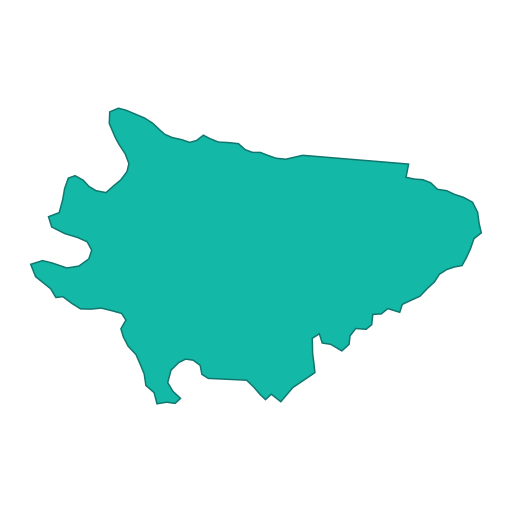 the district of Tunápolis, Santa Catarina, Brazil
{"feature_id": "56859067B92561105565380", "entity_name": "Tunápolis", "entity_type": "district", "adm_level": 2, "iso_a3": "BRA", "parent_name": "Brazil", "parent_adm1": "Santa Catarina", "projection": "orthographic", "projection_center": [-53.66, -26.989], "detail": "fine", "context": "isolated", "style": "filled", "palette": "teal", "viewbox_px": 512, "rotation_deg": 0, "n_neighbors": 0, "source": "geoboundaries", "source_scale": "gbopen_adm2", "svg_char_len": 1747}
<svg xmlns="http://www.w3.org/2000/svg" viewBox="0 0 512 512"><path d="M408.6,164.1L302.7,155.3L285.8,159.2L275.8,158.2L267.6,155.3L260.3,152.4L252.5,152.4L245.2,149.7L238.5,143.7L228.8,142.6L218.6,142.1L210.1,138.7L203.4,135.2L196.5,140.5L189.7,142.4L181.9,139.7L172.4,137.6L164.7,134.3L159.5,129.7L152.9,123.4L144.7,118.1L135.0,114.0L126.3,110.3L118.5,108.2L109.7,111.9L109.3,123.6L115.2,137.3L118.9,144.2L125.3,154.0L128.9,163.6L127.0,171.6L120.8,179.9L113.8,185.7L106.0,192.6L96.1,190.7L89.0,186.5L83.2,180.2L75.1,175.7L68.3,178.1L64.6,188.6L62.7,199.7L59.2,212.6L48.5,216.7L51.7,227.0L64.8,233.6L77.6,237.5L87.2,241.8L91.7,250.2L88.8,258.9L79.0,266.0L66.9,268.0L59.9,265.6L52.6,263.1L42.6,260.6L30.7,264.3L35.6,276.7L41.5,281.4L50.7,288.8L55.9,297.5L62.9,296.7L72.1,303.6L80.6,308.9L91.0,309.1L101.2,308.1L111.0,310.5L121.6,313.4L125.9,320.1L120.9,328.8L123.3,336.8L128.2,346.3L136.0,354.6L139.6,362.8L144.2,373.9L145.9,385.5L154.1,392.6L157.0,403.8L166.6,402.2L175.1,403.4L180.5,398.4L172.9,391.3L167.7,382.6L171.0,370.2L178.8,362.5L185.7,359.1L193.2,360.2L200.2,365.4L201.9,374.4L208.3,378.4L246.6,380.2L253.5,386.8L260.3,394.7L265.5,399.6L271.3,394.2L280.8,401.7L292.8,387.6L314.9,372.6L314.0,364.1L312.6,353.3L312.3,338.3L319.4,333.8L322.2,343.0L330.7,344.3L341.8,350.9L349.1,344.3L350.0,335.9L355.7,328.5L366.1,329.3L371.7,324.7L372.8,314.4L381.3,313.9L387.8,308.6L399.7,312.3L402.3,304.4L410.8,300.4L420.0,296.2L427.5,288.3L434.4,282.0L439.3,274.3L446.6,269.6L454.7,266.9L462.0,265.6L466.2,258.0L470.5,248.7L473.9,238.7L481.3,232.9L479.1,223.3L477.6,212.2L472.5,202.2L463.6,197.4L454.3,194.3L446.7,190.7L437.5,189.3L430.7,182.8L422.9,179.7L414.6,179.1L406.0,177.3L408.6,164.1Z" fill="#14b8a6" stroke="#0f766e" stroke-width="1.5"/></svg>